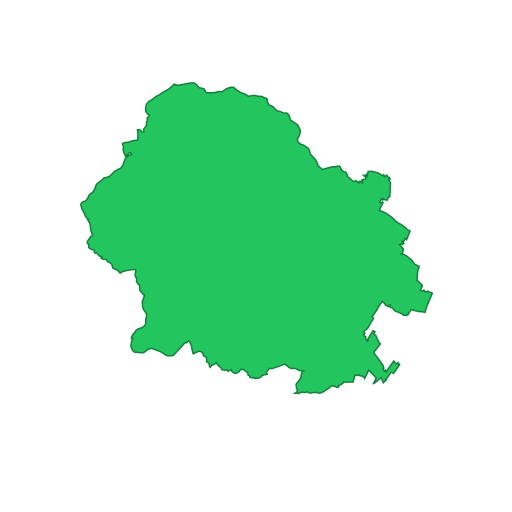 Runcu, Gorj, Romania (Natural Earth projection), rotated 299°
{"feature_id": "2599482B30652708585896", "entity_name": "Runcu", "entity_type": "district", "adm_level": 2, "iso_a3": "ROU", "parent_name": "Romania", "parent_adm1": "Gorj", "projection": "natural_earth1", "projection_center": [23.13, 45.185], "detail": "fine", "context": "isolated", "style": "filled", "palette": "green", "viewbox_px": 512, "rotation_deg": 299, "n_neighbors": 0, "source": "geoboundaries", "source_scale": "gbopen_adm2", "svg_char_len": 6102}
<svg xmlns="http://www.w3.org/2000/svg" viewBox="0 0 512 512"><g transform="rotate(299 256 256)"><path d="M308.8,428.3L309.0,427.9L308.3,423.8L307.8,423.6L307.6,422.8L307.9,422.8L307.1,422.2L306.6,421.1L307.5,420.2L307.5,419.4L306.2,419.4L305.8,416.3L310.1,416.1L310.1,415.4L311.1,415.4L312.7,409.8L312.4,409.1L314.1,407.9L321.8,404.5L325.3,404.1L326.0,403.6L325.7,398.8L327.9,394.5L328.7,390.0L328.7,388.2L329.2,387.6L328.9,384.7L328.2,382.0L329.8,382.7L333.6,381.5L335.5,376.0L336.7,377.2L336.9,378.5L338.6,379.2L338.7,378.0L339.5,376.7L340.1,377.3L340.2,378.2L343.5,377.8L343.2,379.8L352.4,378.7L352.5,375.2L353.2,373.3L353.9,367.9L353.8,364.4L354.3,360.9L355.5,357.0L356.5,349.6L355.8,341.6L364.2,341.2L364.7,340.5L363.4,339.8L362.9,338.2L364.2,337.9L366.9,338.2L367.0,338.9L366.4,339.4L366.6,339.8L367.7,339.6L367.4,340.3L368.5,343.8L371.9,343.1L372.6,344.3L385.2,338.2L386.7,335.6L388.3,335.9L387.9,334.9L389.4,334.7L389.0,333.1L389.2,332.2L390.2,331.2L387.6,329.8L388.9,328.4L388.1,328.3L387.7,327.6L387.9,323.7L387.5,321.0L386.2,316.0L384.2,313.1L379.4,314.6L379.4,313.9L380.0,313.7L379.6,313.3L380.5,312.8L378.9,312.1L378.6,311.0L378.3,311.6L378.5,312.9L378.1,313.9L376.3,314.4L374.1,311.8L371.8,313.8L371.2,312.9L372.2,311.5L371.7,310.9L370.5,310.7L370.9,310.2L369.8,310.1L370.4,306.8L369.3,306.9L368.5,304.1L369.6,299.8L369.6,297.8L371.3,296.5L372.8,293.9L372.4,292.2L372.4,290.0L373.3,288.2L374.7,286.6L375.1,285.2L371.9,281.2L371.1,279.5L363.9,272.1L364.9,266.8L367.6,263.6L369.0,261.4L371.7,253.7L374.1,251.8L375.7,249.0L376.0,243.8L375.4,240.8L376.0,237.5L377.9,235.7L382.7,235.4L386.3,234.5L387.6,233.6L390.4,229.6L390.9,228.2L391.5,222.7L391.4,220.5L395.2,216.6L395.9,214.2L395.9,213.4L394.4,211.0L394.1,207.1L393.4,205.6L393.5,202.1L394.7,198.9L394.8,195.7L394.3,194.1L396.3,191.3L398.4,189.8L399.0,188.6L398.3,186.4L398.5,184.7L398.2,183.2L396.9,180.8L395.7,176.6L392.1,172.0L392.2,166.9L391.4,162.9L391.8,161.5L391.6,158.9L392.2,157.7L392.0,156.9L392.7,154.7L391.5,152.4L388.2,149.2L383.4,146.8L381.7,143.6L378.4,140.0L374.9,134.0L375.0,132.8L377.0,129.4L375.7,124.5L377.2,120.3L377.0,118.9L377.4,117.9L375.4,114.6L367.5,105.0L366.5,102.0L366.8,101.0L365.1,100.8L359.6,98.7L352.5,94.3L350.7,93.7L347.7,91.6L342.3,89.2L339.6,87.5L335.7,86.6L331.0,88.1L329.0,89.5L327.7,92.2L327.2,94.6L325.5,94.7L324.4,93.8L321.1,95.6L320.3,95.2L316.9,96.9L312.1,96.2L310.4,97.7L309.2,96.3L309.2,95.4L310.0,94.2L310.1,93.3L309.5,91.6L308.9,91.1L306.3,93.1L300.1,96.4L296.7,91.9L293.1,88.7L292.5,87.3L290.3,85.0L289.2,84.9L287.3,87.1L284.6,88.2L282.1,90.7L279.8,93.8L279.2,94.0L282.2,94.0L283.4,94.9L284.5,94.9L285.5,95.9L284.5,98.0L281.9,95.7L279.2,94.6L277.3,94.5L270.6,95.5L267.6,95.2L261.4,91.2L255.1,89.5L252.4,87.3L250.5,85.1L246.8,84.2L245.1,83.0L242.1,82.2L241.5,81.6L235.9,82.6L232.5,82.2L229.1,80.6L224.3,80.8L221.7,80.3L218.6,77.8L216.1,77.7L212.6,81.1L210.1,85.2L208.2,87.4L207.1,89.6L207.0,91.6L206.2,91.2L203.6,95.3L198.4,99.0L194.7,103.2L192.7,102.0L187.2,101.4L185.1,102.5L185.5,103.7L185.0,104.4L182.7,105.2L182.2,105.9L181.9,108.0L182.7,111.2L180.4,113.6L181.4,115.2L180.0,119.0L180.8,121.4L180.4,121.8L178.4,121.3L179.3,121.8L178.9,123.4L180.3,126.8L179.0,129.1L179.3,130.3L179.0,133.6L176.1,136.7L176.0,139.5L176.6,140.8L175.2,145.5L177.9,147.0L182.5,152.2L185.9,157.3L184.9,158.0L180.4,159.6L179.4,160.7L179.0,161.9L177.3,163.2L175.8,163.7L174.4,166.2L173.6,168.8L169.7,170.8L167.7,176.2L168.0,177.0L166.6,177.8L161.1,178.6L156.3,181.6L154.5,183.9L152.6,187.9L151.1,189.1L147.5,190.2L143.0,192.4L141.6,192.4L138.6,191.5L135.4,188.5L133.1,187.2L129.4,186.9L128.2,186.3L124.6,186.5L123.5,187.0L124.1,188.2L123.2,188.0L116.7,190.1L113.8,193.3L113.0,196.3L116.4,204.0L118.0,205.1L122.1,206.9L123.8,208.4L124.6,209.8L126.0,218.2L125.6,225.9L126.1,227.7L128.3,231.3L129.3,232.0L145.7,236.0L146.4,237.2L148.2,237.8L149.2,238.7L146.5,242.9L143.6,245.0L140.0,248.5L145.0,252.1L145.7,254.5L145.5,256.6L144.8,256.8L143.2,258.7L143.3,261.1L143.0,261.9L141.2,263.3L139.5,264.0L139.6,266.6L136.7,269.1L136.4,270.0L138.9,270.1L139.7,271.1L141.8,272.4L143.5,272.8L142.8,273.7L142.6,274.9L141.8,276.2L141.4,279.1L139.9,281.9L140.8,283.0L141.3,284.8L142.5,286.2L141.6,287.4L144.5,289.3L143.1,291.3L143.2,294.6L144.0,295.7L146.4,297.2L149.6,297.8L150.0,299.0L150.9,300.0L150.3,301.4L150.5,302.9L149.9,304.2L149.9,305.4L148.1,306.7L148.0,308.6L146.9,309.6L147.6,311.8L148.6,313.1L148.2,314.0L150.6,317.7L152.7,319.0L154.8,319.2L154.8,319.9L155.8,320.2L156.9,322.0L158.0,323.0L158.4,323.0L158.8,321.9L159.2,321.7L160.9,321.5L162.4,322.1L163.9,321.9L165.4,324.8L175.5,333.7L174.6,338.8L174.7,341.7L175.7,342.7L176.8,345.3L176.8,349.6L178.0,351.8L178.3,353.1L177.5,352.5L176.0,352.6L170.4,354.3L163.5,353.2L162.0,354.0L158.9,356.8L158.7,357.4L157.2,357.6L154.9,356.6L156.0,358.4L156.4,360.1L158.0,360.9L159.6,362.9L160.2,364.8L161.8,366.4L162.4,370.1L164.4,372.3L166.1,375.4L166.4,377.4L167.9,379.2L170.7,381.3L172.9,382.1L175.0,383.6L178.4,384.6L180.0,386.8L180.4,388.8L180.1,389.5L180.6,391.1L181.7,391.8L182.8,391.1L185.0,392.8L187.4,393.9L188.2,393.7L192.8,402.0L199.9,400.3L200.4,402.1L201.4,402.7L201.5,403.9L202.2,404.2L201.6,405.3L202.8,406.9L202.2,407.6L202.2,409.8L201.7,410.4L210.9,409.9L207.6,420.3L201.5,420.6L201.9,421.1L210.2,424.4L206.8,428.8L211.2,430.1L211.3,429.1L214.6,430.0L219.9,430.5L220.0,433.2L230.7,434.3L231.1,433.2L231.0,432.3L231.6,431.8L229.4,431.3L230.9,427.4L217.6,425.9L218.8,424.6L217.5,423.9L219.1,421.7L220.0,422.1L222.4,419.5L222.7,418.0L224.1,415.7L228.6,405.7L239.5,407.4L240.0,405.4L244.5,399.5L244.8,396.8L247.4,396.9L247.5,394.6L237.7,394.0L236.6,395.1L235.5,394.7L236.9,391.9L238.6,391.2L238.6,388.5L241.3,388.7L241.9,386.7L246.7,388.6L258.5,389.0L259.2,386.9L268.1,388.0L268.8,387.7L276.0,388.2L277.6,388.7L276.4,392.9L275.9,392.9L276.0,394.4L275.7,396.0L277.2,396.1L278.1,397.0L276.5,397.0L276.3,398.7L276.6,400.5L275.3,404.2L276.0,409.2L276.1,412.3L275.7,413.5L275.9,414.5L276.8,415.1L276.9,416.6L278.3,416.5L278.3,417.4L284.3,417.7L286.2,425.1L287.8,428.2L288.6,431.1L294.1,429.9L308.8,428.3Z" fill="#22c55e" stroke="#15803d" stroke-width="1.5"/></g></svg>